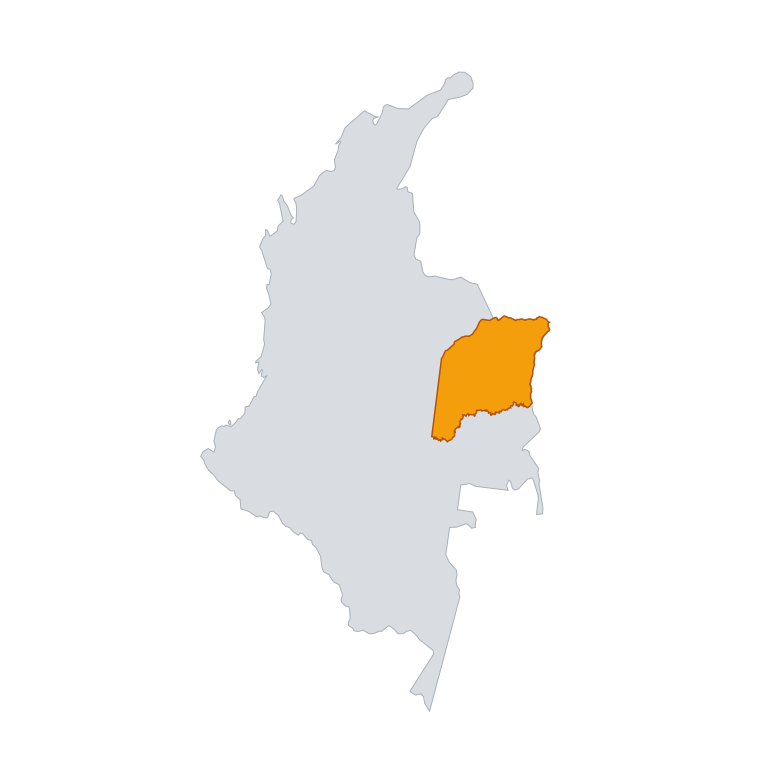 Colombia, with Vichada highlighted, rotated 7°
{"feature_id": "COL-1427", "entity_name": "Vichada", "entity_type": "Commissiary", "adm_level": 1, "iso_a3": "COL", "parent_name": "Colombia", "parent_adm1": "", "projection": "equal_earth", "projection_center": [-69.078, 4.548], "detail": "fine", "context": "in_parent", "style": "filled", "palette": "amber", "viewbox_px": 768, "rotation_deg": 7, "n_neighbors": 0, "source": "natural_earth", "source_scale": "10m", "svg_char_len": 9660}
<svg xmlns="http://www.w3.org/2000/svg" viewBox="0 0 768 768"><g transform="rotate(7 384 384)"><path d="M431.1,86.5L425.0,89.8L413.1,93.9L404.8,111.8L399.2,114.9L392.3,125.5L387.2,138.6L383.2,165.4L372.9,188.1L373.7,189.1L377.8,188.1L381.6,185.6L383.0,186.3L384.4,190.3L389.0,191.3L392.7,209.7L399.7,219.1L400.4,222.7L401.3,230.3L398.8,235.0L398.0,251.9L400.2,256.0L405.5,257.7L409.0,268.2L411.2,270.7L414.4,272.3L422.2,270.7L436.1,272.4L439.4,272.1L447.3,268.5L457.2,273.0L464.5,273.7L484.5,305.5L486.5,304.5L489.0,306.4L494.1,303.1L498.4,302.6L504.1,304.2L511.7,304.2L526.8,300.9L529.1,299.1L537.4,300.9L539.8,303.3L541.0,309.2L540.1,312.9L537.2,316.6L535.6,321.3L535.3,327.1L533.8,331.4L531.1,334.1L530.1,338.2L530.7,343.5L529.2,367.4L530.4,369.4L531.3,379.3L534.8,392.1L536.5,395.8L539.4,398.7L544.8,409.3L543.6,412.9L529.9,429.4L529.2,433.2L531.8,431.7L536.0,433.2L537.5,437.2L547.7,448.7L547.5,453.1L550.4,461.7L549.9,463.7L557.0,488.3L557.2,493.5L551.3,495.0L551.1,478.4L550.3,475.1L543.6,460.4L542.2,459.2L537.8,460.9L530.4,471.7L527.0,473.3L524.2,471.8L521.4,465.4L519.6,464.2L517.9,469.6L520.1,474.4L487.5,474.4L481.2,472.4L472.5,474.9L472.3,499.8L487.8,500.2L492.0,507.3L491.6,513.1L492.3,515.2L488.6,516.4L483.2,512.5L473.6,517.2L466.6,518.3L466.1,545.9L470.3,552.7L478.6,560.1L479.8,565.1L479.2,569.8L481.1,575.8L483.9,578.9L483.8,582.5L485.2,586.4L469.1,703.2L463.4,696.1L461.3,689.6L458.5,687.0L453.1,689.0L447.2,685.8L466.0,646.2L465.4,642.6L449.7,632.9L448.0,630.5L440.5,625.3L436.4,626.8L434.0,629.4L428.3,630.2L423.7,626.0L418.2,623.2L411.6,629.9L409.6,629.8L404.9,632.7L399.8,633.8L393.3,630.9L388.0,632.9L384.3,632.5L382.9,630.4L378.2,628.0L377.7,625.4L379.0,620.5L377.0,610.8L376.2,609.2L372.6,609.0L368.4,605.6L367.6,603.5L368.5,599.6L367.7,596.2L363.6,588.5L358.0,586.5L352.5,580.0L347.0,577.8L344.5,573.2L342.1,562.8L336.5,554.7L332.5,552.0L331.2,548.2L327.1,547.7L321.6,542.5L319.1,542.1L317.4,544.6L312.3,542.0L307.9,538.1L303.4,537.1L300.4,534.7L295.1,527.2L289.3,523.6L285.9,525.0L284.8,530.5L282.9,531.5L276.2,530.1L275.1,531.2L273.4,531.0L265.2,526.9L257.2,525.4L255.2,516.1L250.0,512.7L248.5,508.3L244.8,508.8L231.1,500.3L225.4,494.5L220.6,491.2L215.5,484.6L214.7,482.0L210.8,478.1L212.7,473.2L217.4,469.5L223.6,472.4L224.4,466.6L222.1,461.5L223.2,450.0L224.8,447.4L228.2,445.1L230.3,446.0L231.7,444.1L236.7,444.9L238.2,444.1L242.0,439.5L243.7,435.8L245.4,436.2L249.5,429.9L248.9,423.7L252.7,422.4L256.8,412.2L258.5,411.9L259.4,407.1L266.6,390.2L264.0,392.2L261.2,391.0L261.7,385.3L260.8,384.6L258.5,389.0L256.6,384.6L257.1,377.4L254.0,378.7L254.1,377.1L258.7,371.6L260.7,359.2L259.2,354.7L258.3,336.1L257.5,332.6L253.8,327.9L259.8,322.6L262.0,318.6L259.3,310.4L255.8,303.4L255.7,299.3L257.8,299.7L258.7,288.2L256.8,283.8L254.3,283.7L246.5,266.7L243.8,263.1L245.9,255.0L248.3,251.4L247.8,245.2L249.4,245.5L252.8,251.1L254.1,250.2L259.5,244.9L259.7,239.9L264.0,234.7L258.1,217.3L256.1,214.6L258.6,209.0L260.0,209.3L262.3,214.8L266.0,218.4L271.4,228.1L273.8,230.2L272.0,232.4L271.7,234.7L272.5,236.0L275.6,236.3L276.9,233.6L276.1,221.8L274.8,215.9L272.0,211.7L272.9,210.0L278.5,207.1L290.3,195.9L294.4,185.3L297.5,181.5L301.0,179.0L305.2,179.6L308.5,178.3L309.5,174.9L307.4,167.6L310.0,157.6L309.9,152.5L311.6,149.5L311.0,148.3L306.7,151.9L311.2,144.8L314.3,134.0L331.4,115.1L342.4,119.7L346.0,119.4L341.4,121.7L340.7,124.5L342.2,127.3L343.9,128.2L345.3,126.3L349.1,115.2L349.7,109.1L351.3,107.0L353.7,106.3L364.5,108.9L374.8,108.0L391.5,92.2L404.2,85.4L407.3,78.9L408.2,74.1L410.4,72.2L412.8,72.2L414.3,69.5L420.1,65.3L426.3,64.8L432.8,68.5L435.8,75.0L436.3,79.5L431.1,86.5ZM236.9,442.9L236.1,443.7L234.6,442.2L234.1,440.3L235.0,438.9L236.2,439.3L236.9,442.9Z" fill="#d9dde1" stroke="#a8b0b8" stroke-width="1"/><path d="M540.7,302.6L540.0,303.4L539.7,303.8L539.5,304.3L539.6,305.8L540.6,308.0L541.3,308.7L541.6,309.5L541.6,310.4L541.5,311.0L541.2,311.4L540.1,312.0L539.7,312.3L538.4,314.3L538.1,314.9L536.4,317.1L535.8,318.5L535.3,320.0L535.1,321.6L535.1,323.4L535.4,325.6L535.5,326.4L536.1,327.3L536.0,327.8L535.5,328.6L535.1,330.0L534.6,330.3L534.3,330.6L533.8,331.4L533.6,331.6L532.7,332.0L532.2,332.8L531.7,332.8L530.5,334.0L529.8,335.5L529.6,337.1L529.8,338.6L530.1,339.2L530.3,339.8L530.4,340.5L530.4,341.4L530.4,341.7L530.1,342.6L530.0,343.1L530.0,343.9L530.2,344.7L530.4,345.0L530.9,345.8L531.0,346.1L530.9,346.5L530.7,347.0L530.7,348.9L530.6,349.6L530.2,351.1L530.1,352.6L530.0,353.5L530.4,354.7L530.4,355.1L530.3,355.6L530.4,356.0L530.2,356.7L530.2,358.4L529.9,359.0L529.7,359.6L529.5,360.4L529.4,362.6L529.2,363.6L529.3,364.8L529.2,365.2L529.1,365.5L528.9,365.7L528.7,365.9L528.7,366.5L528.8,366.9L529.0,367.2L529.2,367.6L529.5,367.8L529.5,367.5L530.0,368.0L530.2,368.5L530.4,369.9L530.5,370.0L530.9,370.2L531.0,370.4L531.0,370.7L530.9,371.3L530.8,371.6L530.9,372.1L531.3,372.9L531.4,373.4L531.3,373.9L530.8,375.1L530.7,376.6L530.8,377.9L531.1,379.1L531.2,380.3L531.5,381.0L532.0,381.6L532.5,382.3L532.8,383.6L533.1,384.0L533.3,384.7L533.2,385.4L532.7,385.7L532.3,386.1L530.9,388.7L529.7,389.8L528.6,389.9L527.6,389.3L526.5,388.5L525.9,389.1L525.5,389.4L525.2,389.3L524.9,388.9L524.9,387.5L524.7,387.0L524.1,388.4L523.7,388.6L523.2,388.0L522.8,387.0L522.5,386.7L522.1,386.8L521.9,387.3L521.6,388.2L521.3,388.7L520.7,389.7L520.3,390.0L519.9,389.9L519.7,389.6L519.8,389.2L520.0,388.8L520.1,388.4L519.8,387.9L519.1,388.3L517.9,389.1L517.7,388.5L517.7,387.6L517.5,386.8L516.9,386.4L515.6,386.2L515.0,386.1L514.6,386.4L514.6,387.1L515.0,387.7L515.1,388.1L514.8,388.6L514.6,389.2L514.5,389.8L514.3,390.1L513.0,390.1L512.5,390.2L512.3,390.7L512.4,391.2L512.6,391.8L512.4,391.7L512.1,391.9L511.8,392.2L511.7,392.6L510.7,392.9L510.3,393.3L509.9,393.9L509.8,394.5L509.6,394.7L509.3,394.6L509.0,394.3L508.6,394.3L508.4,394.5L508.1,394.9L507.7,395.2L506.8,395.3L506.3,395.1L505.9,394.8L505.5,394.7L504.9,395.4L504.1,395.6L504.0,396.6L503.9,397.0L503.6,397.2L502.4,397.0L502.1,397.3L502.2,398.1L502.2,398.8L501.6,398.8L501.2,398.3L501.0,398.0L500.7,398.1L499.7,398.8L499.3,398.8L499.0,398.7L499.0,398.4L498.6,398.1L498.4,398.1L498.2,398.3L498.0,398.8L498.1,400.4L497.7,400.7L495.8,400.3L495.5,400.1L495.1,400.5L494.8,401.4L494.5,401.7L494.1,401.9L493.8,401.7L493.7,401.4L493.5,401.2L493.6,400.1L493.4,400.1L492.9,399.6L492.7,399.4L492.3,399.5L491.6,400.2L491.4,400.2L491.4,399.6L491.3,399.4L491.2,399.2L490.7,398.9L490.4,398.4L490.1,398.3L489.8,398.4L489.5,398.4L489.3,398.0L489.1,397.5L488.7,397.3L488.3,397.4L488.1,397.8L488.1,398.4L487.8,398.4L487.4,398.0L486.8,397.9L485.7,398.4L485.1,398.6L484.6,398.8L484.4,398.9L484.1,398.8L483.9,398.4L483.6,398.0L483.1,397.8L482.6,398.0L481.7,398.5L481.1,398.7L480.4,398.7L480.0,398.6L479.5,398.7L479.2,398.9L479.1,399.3L479.3,399.6L479.4,400.0L479.2,401.5L478.7,402.1L478.4,402.1L478.2,402.4L478.1,404.5L477.9,404.8L477.6,404.7L477.1,404.1L476.5,403.5L476.1,403.4L475.6,403.7L474.9,403.8L472.9,403.7L472.4,403.8L472.2,404.6L472.0,404.9L471.6,404.1L471.4,403.7L471.2,403.5L470.6,403.6L470.3,403.9L470.0,404.4L469.2,405.9L468.6,405.7L468.3,405.5L468.1,405.2L467.8,405.0L467.1,404.9L466.4,404.9L465.8,405.1L466.0,405.5L466.6,406.7L466.4,407.3L466.2,409.0L465.9,409.3L464.7,409.3L464.7,410.2L464.6,410.4L464.4,410.9L464.3,411.3L463.8,411.9L463.9,412.4L464.1,413.0L464.5,413.4L464.8,413.8L464.8,414.1L464.8,414.3L464.3,414.4L464.1,414.7L464.1,415.4L464.5,416.4L464.6,417.0L464.5,417.4L464.2,417.6L463.8,416.8L463.7,416.6L463.5,417.2L463.5,417.7L463.5,418.1L463.1,418.3L462.9,418.2L462.5,417.8L462.4,417.7L462.2,417.9L462.1,418.2L461.5,418.7L461.1,419.2L460.4,420.2L460.0,421.3L459.5,421.8L459.4,422.1L459.5,422.3L460.1,422.5L460.4,422.6L460.6,422.9L460.7,423.2L460.6,423.5L460.3,423.8L459.9,423.9L459.8,424.1L459.9,424.5L460.1,425.1L460.3,425.9L460.3,426.8L460.1,427.5L458.6,428.7L458.4,429.2L458.2,430.1L457.9,430.6L457.2,431.2L454.8,432.5L453.9,433.6L451.2,431.3L450.8,431.2L450.2,431.2L449.9,431.7L449.6,431.7L448.9,430.6L448.6,430.3L448.3,430.3L448.3,430.5L448.3,430.8L448.5,431.3L448.6,431.7L448.6,432.1L448.4,432.4L447.2,433.6L446.9,432.7L446.8,432.4L446.6,432.4L446.3,432.5L445.9,432.9L445.5,433.1L445.0,433.3L444.7,433.1L444.4,432.2L444.0,431.8L443.5,431.9L442.8,432.3L442.7,432.1L442.8,431.7L442.8,431.2L442.4,430.7L442.1,430.8L442.0,431.1L442.0,431.6L441.8,431.9L441.6,431.6L441.2,430.9L440.7,430.4L440.4,430.9L440.5,431.5L440.5,432.0L440.4,432.3L440.2,432.5L440.0,432.3L440.0,431.9L440.1,431.1L440.0,430.9L439.5,430.7L439.0,430.6L438.5,430.1L437.8,430.3L438.0,351.6L438.3,351.2L438.9,350.1L440.8,344.0L441.3,343.3L442.4,342.9L442.9,342.6L447.9,336.8L448.4,336.5L448.6,336.1L448.7,334.3L448.9,333.6L449.3,333.0L450.6,332.3L451.1,331.9L451.7,331.3L453.6,329.9L455.4,328.1L456.0,327.8L456.6,327.7L458.4,326.8L459.5,326.5L461.7,326.3L462.9,326.0L463.7,325.5L464.7,324.7L465.6,323.8L466.2,322.9L467.2,320.9L467.4,320.3L468.6,318.7L469.1,317.6L471.1,311.3L471.7,310.0L472.6,308.8L473.4,308.1L474.3,307.8L480.4,308.1L481.5,307.8L484.4,305.5L485.1,305.3L486.5,304.4L487.2,304.2L487.8,304.6L489.0,306.5L489.6,307.1L491.3,305.9L492.9,303.7L493.6,303.2L494.4,302.2L494.9,301.9L495.6,301.8L496.2,302.0L497.3,302.6L497.8,302.5L498.4,302.7L499.1,303.0L499.7,303.1L501.5,303.0L502.1,303.1L503.9,303.9L504.6,304.0L505.1,304.2L506.3,304.9L507.0,305.0L507.4,304.8L508.1,303.9L508.5,303.7L510.2,303.6L512.3,302.7L512.9,302.6L513.5,302.7L515.4,303.4L516.4,303.4L519.7,301.9L520.9,301.6L524.5,302.1L525.7,301.9L526.7,301.4L527.2,301.2L527.5,300.9L527.6,300.5L527.7,300.1L527.8,299.7L528.1,299.5L528.5,299.6L528.8,299.5L529.1,299.2L529.7,298.4L530.0,298.2L530.7,298.4L532.7,298.6L537.2,300.0L538.0,300.7L538.8,301.7L539.6,302.5L540.7,302.6Z" fill="#f59e0b" stroke="#b45309" stroke-width="1.5"/></g></svg>